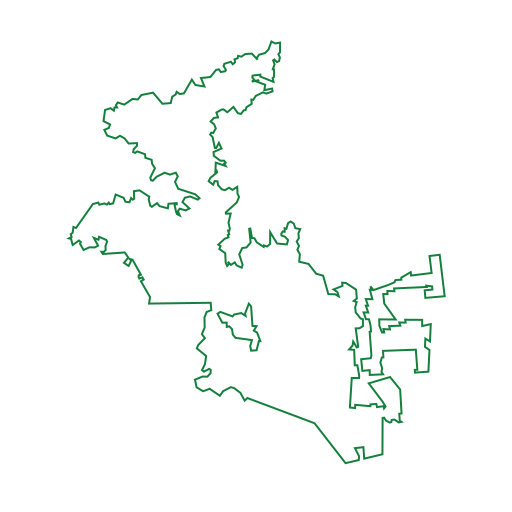 Matías Romero Avendaño, Oaxaca, Mexico, rotated 176°
{"feature_id": "50627088B25064562283862", "entity_name": "Matías Romero Avendaño", "entity_type": "district", "adm_level": 2, "iso_a3": "MEX", "parent_name": "Mexico", "parent_adm1": "Oaxaca", "projection": "robinson", "projection_center": [-94.977, 17.133], "detail": "fine", "context": "isolated", "style": "outline", "palette": "green", "viewbox_px": 512, "rotation_deg": 176, "n_neighbors": 0, "source": "geoboundaries", "source_scale": "gbopen_adm2", "svg_char_len": 6123}
<svg xmlns="http://www.w3.org/2000/svg" viewBox="0 0 512 512"><g transform="rotate(176 256 256)"><path d="M366.0,216.0L304.5,212.5L304.4,205.1L309.1,203.6L311.7,198.3L312.2,188.2L315.4,181.8L312.7,177.6L319.9,171.2L321.5,168.0L312.7,159.7L314.5,151.6L317.8,145.9L316.0,144.3L310.5,146.7L309.1,145.4L309.5,142.2L313.0,139.0L317.6,139.5L325.5,136.9L324.4,129.1L318.1,124.8L311.5,126.8L301.8,119.1L298.2,123.5L290.3,126.9L287.1,125.8L281.1,120.6L277.4,112.5L274.5,114.9L209.3,85.1L181.1,43.1L167.7,45.3L167.2,49.2L170.7,57.4L162.2,57.8L162.2,46.3L143.7,49.4L141.0,85.6L139.5,85.8L137.9,82.8L134.2,80.5L132.6,80.9L132.1,83.0L129.3,83.2L125.3,80.0L122.5,80.4L124.1,81.6L124.1,88.6L121.8,88.8L121.5,112.7L130.7,125.9L152.4,121.1L139.7,101.6L137.3,96.7L138.9,95.0L139.2,97.3L145.8,96.8L146.3,100.0L152.2,100.0L152.4,98.2L167.4,100.6L167.8,97.4L172.9,98.3L169.0,127.6L161.7,127.1L161.4,129.5L162.5,139.9L165.1,140.1L164.6,155.5L169.6,156.3L166.0,159.8L165.0,163.9L161.9,157.8L160.4,158.3L161.6,176.8L157.8,176.7L154.2,178.6L153.8,185.5L156.0,186.3L160.5,192.8L160.6,198.1L158.8,203.0L161.6,204.3L158.4,206.5L158.5,215.5L168.2,222.8L171.9,223.4L171.8,220.2L181.0,217.2L177.4,214.5L176.3,210.0L179.8,212.3L186.5,212.9L190.4,231.7L197.2,234.1L204.1,244.4L213.3,247.3L212.1,254.7L214.3,259.3L212.4,263.0L214.4,267.6L212.0,270.8L212.1,275.8L210.0,279.7L214.8,281.0L216.1,285.8L219.1,288.0L221.7,286.6L223.8,281.0L225.5,281.7L225.7,278.2L227.6,278.6L229.2,276.6L229.2,274.7L225.8,273.3L222.9,269.7L224.4,265.4L234.1,267.0L240.2,278.8L241.1,267.1L244.3,264.7L247.3,266.0L247.7,264.5L254.3,269.6L256.3,273.8L258.7,274.2L259.8,283.8L260.9,283.6L260.4,269.8L264.9,265.2L269.2,264.9L272.6,258.8L270.0,248.2L271.1,245.3L276.1,248.1L277.6,251.1L281.6,248.9L284.4,252.2L283.6,249.8L285.5,248.1L286.7,251.4L286.5,261.0L292.1,265.5L290.7,268.4L292.8,269.9L286.0,275.4L282.1,276.6L282.7,278.8L281.2,279.5L282.1,283.3L280.8,283.2L280.2,285.1L281.1,291.1L278.3,300.1L283.1,300.4L283.0,301.7L271.5,310.7L268.8,316.0L270.1,319.6L269.9,326.3L274.9,323.6L278.1,326.0L282.4,323.8L285.5,324.9L288.9,329.4L289.2,333.2L292.0,333.6L293.8,330.1L298.0,333.9L296.1,337.1L289.0,342.1L289.4,343.9L290.6,343.2L289.6,351.9L280.0,347.9L281.3,350.4L279.7,351.2L281.2,353.3L285.0,353.6L291.1,358.9L291.1,362.7L282.9,365.6L285.1,371.5L288.1,366.6L289.5,366.7L291.0,377.6L293.3,380.4L292.0,382.2L290.1,381.7L287.2,386.1L288.6,390.3L291.9,393.4L288.4,396.7L284.2,396.9L285.5,401.9L280.0,404.5L278.1,404.5L274.6,401.4L268.1,406.3L264.1,399.7L261.0,398.8L258.1,402.2L256.3,402.2L255.1,405.1L249.7,408.1L249.7,412.4L247.8,412.0L245.1,415.7L237.8,418.7L234.2,417.3L228.0,419.1L228.2,421.9L236.1,420.9L234.9,426.2L242.9,429.8L240.7,431.3L247.9,430.2L245.5,432.0L247.2,434.3L246.8,436.2L239.0,436.6L239.2,434.7L226.4,428.5L227.0,432.3L225.7,433.2L225.1,438.2L225.1,440.9L226.2,441.1L224.1,446.0L225.3,449.9L224.0,450.8L221.7,448.0L219.4,448.8L218.3,452.3L219.6,455.6L217.8,457.6L217.1,467.2L222.1,466.7L225.6,468.9L229.2,461.0L232.8,457.8L238.9,456.6L241.3,453.7L240.8,451.8L246.0,458.2L252.7,458.2L256.6,455.9L259.9,456.9L260.5,454.6L263.7,453.7L263.3,450.8L265.8,448.9L267.5,451.5L274.1,450.0L275.1,447.9L273.0,443.6L273.9,442.4L278.3,442.0L280.0,444.8L282.9,444.4L289.0,437.7L298.5,437.4L295.6,428.7L304.5,430.8L307.7,436.4L316.6,423.2L320.7,422.9L323.7,425.3L324.9,422.7L328.5,420.7L330.4,414.5L338.7,414.4L347.3,426.1L359.1,424.6L363.0,420.4L368.2,421.3L376.9,416.2L383.2,418.8L385.2,416.3L384.3,413.8L386.8,414.1L387.7,410.9L390.8,413.6L396.4,412.2L398.7,401.2L392.4,397.4L393.9,394.0L398.5,392.4L396.1,386.5L387.9,383.1L383.3,385.4L378.9,382.5L375.2,377.1L366.9,376.9L367.0,374.3L370.6,371.1L371.3,368.2L369.4,367.3L367.2,368.6L359.6,365.3L359.5,361.7L353.4,359.2L353.2,355.3L350.7,350.6L356.0,341.5L355.4,338.9L353.8,338.3L349.4,342.1L341.3,345.4L336.1,343.2L330.2,344.7L328.5,340.9L331.6,335.6L328.9,328.5L312.3,321.8L308.3,317.6L310.2,316.3L317.6,320.0L322.9,319.1L325.6,314.9L319.1,308.1L322.9,306.4L328.8,308.5L330.8,306.2L329.2,301.7L331.9,303.3L332.7,305.8L333.7,312.9L331.4,313.1L331.4,314.3L339.7,314.2L340.6,309.7L348.8,312.5L351.0,315.7L356.5,312.3L358.0,313.6L359.1,319.9L358.3,322.6L367.6,329.6L373.3,329.2L373.5,321.6L375.0,320.8L376.5,322.5L378.5,318.4L382.5,319.3L384.0,323.3L391.7,327.1L394.9,318.4L398.5,317.9L399.2,319.5L401.2,317.7L403.5,319.0L408.7,318.1L409.6,320.3L415.1,319.2L433.6,296.5L436.1,297.7L437.3,292.0L439.3,290.6L438.6,287.8L441.4,286.6L439.3,285.9L438.1,279.8L431.5,283.8L429.8,282.1L430.7,280.5L427.6,274.0L421.6,276.3L416.2,275.8L412.8,277.3L416.5,285.4L412.0,283.2L411.2,286.1L404.3,282.5L403.5,280.8L405.5,276.4L405.5,272.6L407.5,270.7L409.9,271.0L408.6,268.7L386.7,268.7L383.5,263.3L388.2,258.4L383.8,255.0L380.6,260.5L382.9,262.0L379.4,260.9L372.1,245.3L374.3,245.0L374.6,243.2L373.9,241.6L370.8,242.6L369.7,240.3L372.6,238.9L364.6,222.5L366.0,216.0ZM259.1,170.9L262.0,161.9L267.5,161.9L268.0,166.8L265.9,172.4L282.2,175.8L284.6,179.2L285.0,184.7L287.6,187.7L290.1,187.3L289.9,191.6L294.3,191.8L298.4,201.1L295.5,202.7L283.6,197.4L282.0,199.1L274.7,200.1L270.6,197.0L270.9,199.4L266.5,208.9L264.4,206.0L264.4,186.5L260.4,186.0L263.4,181.7L260.3,179.6L257.6,170.8L259.1,170.9ZM102.8,229.1L112.6,224.3L112.7,222.2L118.5,222.3L119.7,220.1L126.4,217.8L141.2,213.8L143.9,217.7L143.3,214.2L144.8,214.4L142.9,204.8L149.5,205.4L147.7,198.6L149.9,198.8L148.0,191.8L152.6,192.2L150.7,185.3L147.7,185.0L146.6,178.6L146.5,172.7L147.9,172.5L147.8,149.0L148.7,146.0L158.3,145.7L157.9,134.0L150.6,134.2L150.8,129.4L137.5,129.1L138.9,131.6L138.0,135.3L139.4,141.1L137.5,146.0L136.0,146.0L135.9,152.5L103.1,151.4L103.0,131.3L105.5,131.3L105.5,128.6L92.1,128.6L89.5,150.1L93.8,153.6L92.8,161.8L88.4,158.6L86.4,175.9L95.1,174.5L94.7,180.7L111.6,182.0L111.4,179.1L117.7,179.7L116.9,176.4L128.0,176.8L127.5,173.4L134.0,174.2L133.5,170.8L135.6,170.9L137.8,177.8L137.5,184.2L121.1,182.9L131.4,199.6L131.7,209.2L127.5,208.8L127.4,211.9L120.4,211.2L120.5,214.0L87.8,213.2L88.1,214.5L82.4,213.4L82.4,210.2L90.1,210.0L90.0,202.4L70.6,202.7L72.7,244.4L82.9,243.9L82.0,226.8L102.6,225.7L102.8,229.1Z" fill="none" stroke="#15803d" stroke-width="2"/></g></svg>